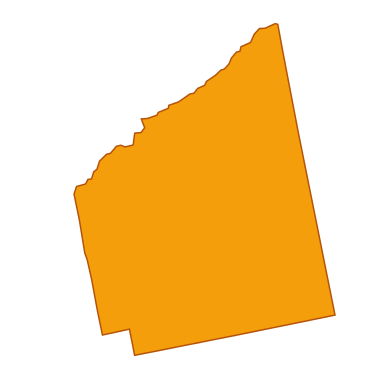 Larimer, Colorado, United States of America, rotated 79°
{"feature_id": "52423323B69154914244995", "entity_name": "Larimer", "entity_type": "district", "adm_level": 2, "iso_a3": "USA", "parent_name": "United States of America", "parent_adm1": "Colorado", "projection": "orthographic", "projection_center": [-105.711, 40.628], "detail": "fine", "context": "isolated", "style": "filled", "palette": "amber", "viewbox_px": 384, "rotation_deg": 79, "n_neighbors": 0, "source": "geoboundaries", "source_scale": "gbopen_adm2", "svg_char_len": 907}
<svg xmlns="http://www.w3.org/2000/svg" viewBox="0 0 384 384"><g transform="rotate(79 192 192)"><path d="M123.3,237.0L134.6,240.8L135.0,249.1L132.5,253.0L132.7,257.5L138.5,264.7L138.6,268.6L144.1,276.9L151.6,281.0L153.4,284.6L160.0,288.1L159.8,291.8L163.8,294.9L164.6,304.3L171.6,308.2L198.3,307.9L231.5,308.9L238.4,307.8L259.0,307.2L290.3,307.5L315.3,307.2L314.7,279.6L327.8,279.5L332.3,279.5L332.8,279.5L341.4,279.5L341.1,201.9L341.0,174.6L340.1,75.1L266.1,75.6L265.7,75.6L260.9,75.6L154.4,76.3L153.1,76.3L74.5,76.1L43.8,75.8L42.6,78.2L45.2,89.1L44.4,94.6L48.9,100.7L56.4,106.0L58.7,116.1L63.1,118.2L63.1,121.6L67.9,127.6L73.4,131.3L77.4,136.7L78.0,140.7L81.8,146.5L86.2,156.7L89.7,159.2L91.4,166.6L95.4,171.3L95.4,175.4L101.0,188.0L102.5,198.3L105.3,199.2L107.4,209.8L109.9,211.8L111.3,221.6L110.6,227.8L119.9,226.2L123.9,230.7L123.3,237.0Z" fill="#f59e0b" stroke="#b45309" stroke-width="1.5"/></g></svg>